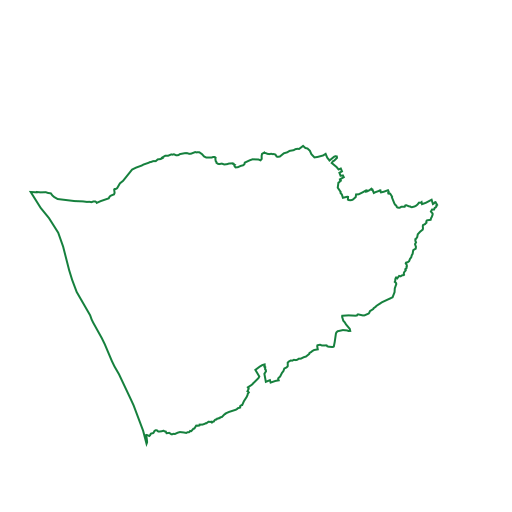 Kota Mataram, Nusa Tenggara Barat, Indonesia (Albers equal-area conic projection), rotated 339°
{"feature_id": "22746128B34810169298981", "entity_name": "Kota Mataram", "entity_type": "district", "adm_level": 2, "iso_a3": "IDN", "parent_name": "Indonesia", "parent_adm1": "Nusa Tenggara Barat", "projection": "albers", "projection_center": [116.126, -8.589], "detail": "fine", "context": "isolated", "style": "outline", "palette": "green", "viewbox_px": 512, "rotation_deg": 339, "n_neighbors": 0, "source": "geoboundaries", "source_scale": "gbopen_adm2", "svg_char_len": 6121}
<svg xmlns="http://www.w3.org/2000/svg" viewBox="0 0 512 512"><g transform="rotate(339 256 256)"><path d="M86.5,392.1L87.5,391.0L87.9,389.9L88.7,386.7L89.0,383.8L89.6,383.8L90.2,384.2L91.9,385.8L93.0,385.3L93.4,384.8L94.2,384.2L95.5,384.3L96.3,384.5L97.0,384.3L98.5,383.0L99.7,382.7L100.6,383.0L101.3,383.6L101.5,384.4L102.3,385.1L105.1,385.8L107.1,386.0L107.9,387.1L108.8,387.5L109.0,389.4L111.6,390.0L113.1,392.1L113.7,392.4L115.1,392.4L116.5,393.1L119.6,392.9L121.9,393.1L125.2,394.8L127.5,396.2L128.8,396.0L130.3,396.5L131.0,396.3L131.8,395.7L132.8,396.3L135.7,394.8L136.6,395.0L139.4,392.9L140.0,393.1L139.7,394.2L140.0,393.4L142.0,393.9L142.5,393.9L142.9,393.2L145.6,394.2L147.9,394.3L149.3,394.1L149.7,394.4L152.3,393.7L153.8,394.5L154.9,394.7L155.0,395.6L155.3,395.7L156.7,395.2L157.3,395.4L158.4,394.6L159.1,394.3L159.6,394.2L160.4,394.5L161.5,393.9L162.3,394.2L162.9,394.0L163.9,394.4L164.8,393.8L166.4,394.1L169.9,392.5L170.8,392.5L171.1,392.1L174.9,391.9L182.1,392.3L183.8,392.0L184.3,391.6L186.9,391.8L187.4,390.5L189.0,390.0L189.7,390.2L192.7,387.2L196.8,384.2L198.4,382.6L199.0,381.6L200.4,380.8L200.0,379.6L199.6,379.2L201.6,377.3L201.8,376.4L201.4,376.3L201.3,375.7L205.6,374.8L207.2,374.2L207.9,373.7L208.6,373.5L214.5,370.9L215.9,369.7L214.6,362.1L219.9,360.6L222.8,360.1L225.2,360.3L224.6,362.3L224.2,362.3L224.2,363.1L224.7,363.3L223.9,365.2L224.3,365.9L224.0,367.2L221.6,369.0L220.1,377.0L224.5,376.9L224.3,379.4L229.4,379.6L232.6,380.2L232.6,378.7L233.2,378.0L235.3,377.2L238.4,374.4L240.3,373.3L242.1,371.2L244.4,371.0L245.8,370.5L246.2,370.1L247.4,366.9L248.8,366.3L250.4,366.1L251.0,366.0L252.3,366.7L254.2,366.5L255.3,367.2L256.5,367.6L257.7,367.6L259.0,367.2L261.1,367.9L264.4,367.6L266.6,367.8L270.6,366.5L271.2,365.7L273.2,365.4L274.5,364.9L276.6,364.6L280.2,365.3L280.8,362.2L281.3,361.4L281.6,361.4L284.0,361.8L285.4,363.1L289.9,364.8L290.2,365.9L291.3,366.7L294.6,368.3L295.7,368.5L296.2,368.4L298.6,364.6L302.8,357.1L303.6,356.2L305.2,355.5L310.6,356.3L314.3,358.1L315.5,359.2L317.1,359.7L317.4,357.6L315.5,352.1L315.1,349.8L314.3,347.7L314.6,343.7L315.1,342.7L321.2,344.6L327.5,347.4L328.9,347.7L329.9,347.0L330.6,347.2L334.5,349.8L335.9,350.3L340.5,350.1L341.4,349.6L342.6,348.3L346.5,347.5L347.1,346.9L349.5,346.3L350.6,345.7L357.2,344.3L368.7,343.5L372.4,339.4L374.0,335.9L376.9,332.5L377.1,331.5L376.3,329.9L376.9,329.4L377.8,327.5L378.6,326.6L379.1,326.2L379.3,326.3L379.8,327.5L382.5,325.9L383.7,326.8L385.4,326.4L387.1,326.8L387.5,326.6L387.5,325.9L388.0,324.8L389.0,323.9L390.6,323.1L390.8,322.5L390.6,321.9L390.9,321.6L392.0,321.4L392.4,321.0L392.7,319.9L393.3,319.5L393.5,318.0L393.1,316.6L393.5,316.1L393.9,315.9L395.3,316.2L397.1,315.7L398.8,313.8L400.4,312.9L401.7,311.1L403.0,310.1L404.7,307.2L405.1,306.8L407.7,306.4L408.6,304.8L408.7,301.9L410.3,300.6L410.2,299.0L410.8,297.4L411.4,297.4L413.3,296.1L414.8,293.7L415.6,293.3L418.0,292.1L421.1,291.1L421.8,290.0L422.4,287.9L423.0,287.0L425.4,286.8L425.6,286.5L427.1,286.0L427.3,285.0L427.8,284.3L428.5,284.0L432.0,284.8L433.0,283.4L433.9,282.7L435.7,280.7L436.1,279.6L435.2,277.2L437.0,275.7L438.9,276.4L440.1,275.1L441.2,275.0L442.3,274.3L442.5,273.4L443.4,273.2L442.9,270.0L442.5,269.9L440.9,270.7L439.8,270.9L440.1,266.4L433.6,267.2L429.6,267.1L429.9,265.0L428.9,265.3L427.2,264.6L425.3,265.8L423.5,266.4L421.9,266.6L419.0,266.3L418.4,266.0L417.6,264.9L416.9,264.7L414.4,262.4L413.5,262.3L412.4,263.3L409.4,262.1L407.8,262.4L406.9,262.3L405.4,261.4L405.0,260.5L405.0,259.2L404.2,257.9L404.0,256.3L403.9,249.9L404.3,249.4L403.6,245.9L402.0,245.2L402.0,244.4L402.9,243.8L402.8,241.9L398.2,241.8L395.4,241.4L395.3,240.7L395.7,239.3L395.4,239.1L393.9,239.3L390.3,239.2L388.6,239.4L388.5,235.6L387.8,235.6L387.7,234.6L385.7,235.2L382.9,235.5L382.0,235.4L382.6,234.3L382.3,234.2L378.3,234.8L374.0,235.2L371.5,234.4L370.2,236.7L366.8,238.0L365.7,238.1L364.2,237.8L362.6,237.0L362.0,236.3L363.1,233.8L362.5,233.4L358.0,232.8L358.2,229.3L357.6,227.9L357.5,227.3L358.0,226.6L356.8,221.5L359.2,217.1L360.4,216.9L360.9,216.3L362.2,216.1L362.2,215.8L361.8,215.6L361.8,214.5L366.2,213.9L366.0,211.9L363.7,211.4L363.7,208.2L366.6,207.8L366.5,204.7L364.1,204.8L363.1,201.8L360.0,196.3L361.9,195.1L363.2,195.0L366.8,193.4L367.1,192.0L365.9,191.3L364.5,191.3L358.8,193.2L358.4,191.5L358.0,190.8L357.7,189.1L357.6,185.6L354.7,186.2L349.0,185.6L345.9,184.9L344.2,180.8L344.0,177.0L342.6,174.1L340.8,172.9L339.4,170.1L334.6,171.5L333.2,170.8L331.1,170.4L329.1,170.7L325.0,169.9L322.3,170.4L318.8,170.1L313.9,171.7L311.8,171.2L310.9,170.5L310.5,168.3L309.1,167.2L307.9,166.8L306.8,166.0L305.1,165.7L303.4,164.8L301.8,163.3L300.8,162.9L300.8,162.4L298.3,162.8L297.2,164.4L296.1,167.4L294.5,168.3L292.9,166.8L287.5,164.5L284.6,164.4L279.0,164.8L278.0,166.2L276.5,166.7L274.0,166.4L271.0,166.6L268.7,166.0L268.2,164.7L268.2,163.7L268.7,163.4L268.4,163.2L268.2,161.9L267.4,161.6L267.4,161.1L263.9,160.0L262.0,159.9L259.2,159.2L257.2,157.5L254.6,157.0L253.6,156.4L252.5,154.9L252.7,153.8L252.4,152.9L252.9,150.6L253.5,149.9L253.3,149.3L252.7,148.7L251.4,148.2L249.9,148.2L244.9,146.3L243.2,144.5L242.1,141.6L240.3,138.9L238.7,138.2L237.6,138.0L236.5,137.2L231.9,137.2L231.0,136.9L230.3,136.7L228.3,135.1L227.5,135.1L226.9,134.6L221.5,133.6L219.8,134.0L218.1,133.6L217.4,133.2L215.8,131.6L214.4,131.5L213.3,130.8L209.8,130.9L207.2,129.9L203.6,130.5L203.8,131.1L201.7,131.3L198.9,130.6L196.4,131.5L194.0,130.6L191.7,130.6L190.3,130.3L189.3,130.5L183.7,130.3L181.7,130.6L175.8,130.5L171.3,130.9L158.8,138.2L155.0,139.4L150.8,142.8L150.0,143.1L148.5,143.1L147.9,142.8L147.4,143.2L146.6,146.4L145.5,147.6L142.7,147.6L141.4,147.8L140.1,148.5L139.2,149.4L130.7,149.1L126.4,149.3L126.4,148.8L125.5,147.5L123.7,146.8L121.7,146.8L119.9,145.7L117.5,144.9L114.0,143.0L106.3,139.7L91.2,131.7L88.7,128.6L87.6,126.5L86.9,124.0L84.4,122.6L82.6,121.1L77.7,119.4L74.3,117.7L74.1,118.0L68.6,115.5L72.2,133.9L76.3,146.4L79.7,163.4L79.3,178.1L76.5,202.0L75.8,212.3L75.7,225.3L79.9,251.9L79.8,256.4L80.1,259.8L82.6,277.4L83.2,284.2L83.8,302.5L84.3,308.4L85.7,317.2L87.8,345.4L88.2,351.7L88.0,378.6L86.5,392.1Z" fill="none" stroke="#15803d" stroke-width="2"/></g></svg>